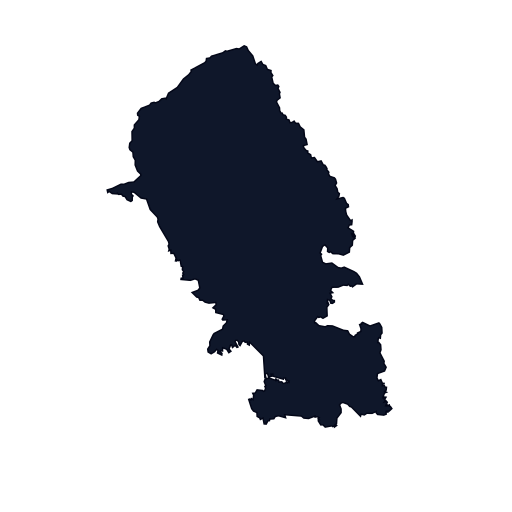 the district of Grobogan, Jawa Tengah, Indonesia, rotated 244°
{"feature_id": "22746128B71964042918672", "entity_name": "Grobogan", "entity_type": "district", "adm_level": 2, "iso_a3": "IDN", "parent_name": "Indonesia", "parent_adm1": "Jawa Tengah", "projection": "albers", "projection_center": [110.857, -7.098], "detail": "fine", "context": "isolated", "style": "filled", "palette": "ink", "viewbox_px": 512, "rotation_deg": 244, "n_neighbors": 0, "source": "geoboundaries", "source_scale": "gbopen_adm2", "svg_char_len": 6091}
<svg xmlns="http://www.w3.org/2000/svg" viewBox="0 0 512 512"><g transform="rotate(244 256 256)"><path d="M379.7,156.6L380.6,151.2L378.1,150.6L378.4,152.3L375.1,154.2L372.7,158.4L373.2,158.9L371.7,159.4L370.5,162.2L368.1,162.7L366.9,164.4L363.1,164.8L359.9,167.4L360.2,169.1L363.5,170.8L363.9,171.8L366.2,171.0L368.2,172.2L366.7,174.4L358.5,178.1L355.2,182.6L344.1,181.3L334.3,184.4L332.2,184.2L329.8,182.6L324.7,182.3L307.4,183.7L304.7,183.1L303.6,181.5L300.2,181.0L298.9,179.9L298.7,182.0L295.6,180.7L294.4,183.3L289.2,183.3L286.9,181.5L286.4,182.3L287.5,183.3L285.9,183.9L285.7,185.8L285.0,185.9L279.6,184.3L278.7,185.4L275.9,183.8L273.7,184.3L272.7,182.7L270.9,182.9L270.9,181.6L268.2,180.8L268.8,179.0L267.8,178.3L262.9,186.4L262.2,191.2L259.5,193.5L251.9,191.5L250.6,188.8L251.2,182.6L245.1,184.7L243.8,186.3L240.9,186.2L239.6,188.7L236.9,190.0L234.3,193.0L231.9,199.5L229.7,198.9L228.3,194.6L225.7,196.4L222.8,195.1L217.7,201.1L216.1,200.8L214.0,197.9L213.0,198.1L211.3,202.2L208.9,200.2L207.4,195.8L204.9,193.9L204.7,184.4L204.0,183.0L199.0,176.7L195.6,175.3L193.5,171.8L190.7,170.9L187.8,172.8L188.1,176.7L189.4,179.7L187.7,180.5L185.7,178.9L182.0,181.8L183.3,182.7L186.0,181.8L186.5,182.7L185.3,184.3L188.2,185.8L185.0,188.8L181.0,189.2L181.4,191.7L184.3,191.0L187.3,194.3L186.9,195.1L184.1,194.8L184.9,198.1L182.2,198.8L182.1,199.9L188.4,199.6L189.0,201.0L188.5,202.1L186.6,202.8L183.8,201.9L182.5,202.4L185.2,206.2L184.9,208.2L183.2,208.4L182.5,210.5L180.5,209.7L178.9,210.9L181.6,212.5L162.9,218.9L142.7,210.6L142.4,211.6L146.0,212.4L145.5,214.9L141.8,214.3L141.1,217.3L143.2,217.7L142.4,219.4L140.6,218.5L133.3,226.6L134.2,227.3L133.3,229.1L131.7,228.4L129.0,231.1L128.0,230.3L129.0,229.8L128.3,228.6L129.6,228.2L128.9,227.0L129.5,224.5L131.6,224.0L132.7,221.4L134.6,221.8L135.1,219.6L135.9,220.4L136.8,220.0L135.9,218.8L140.4,214.5L141.1,212.2L141.0,209.9L139.5,208.3L135.1,208.0L134.9,206.8L133.0,206.7L131.1,204.8L131.1,203.3L132.2,203.0L135.2,198.3L133.1,195.2L134.0,192.9L131.9,192.9L128.2,190.4L129.9,189.3L128.9,188.3L130.2,187.6L130.3,186.6L120.7,185.2L117.7,185.8L114.9,188.2L111.3,186.7L108.9,188.4L107.2,188.3L107.2,191.2L101.5,189.7L100.5,191.4L101.9,192.1L101.2,192.5L102.6,194.4L102.1,195.9L103.4,196.8L101.9,200.7L103.2,202.7L103.0,204.5L102.4,206.4L97.7,211.7L100.8,212.2L92.2,226.7L89.4,227.9L86.9,232.0L86.3,238.9L85.3,238.5L84.8,240.5L83.0,241.9L82.6,240.6L81.2,241.0L81.5,240.2L80.4,239.7L75.8,240.2L74.9,242.2L71.9,243.2L70.1,249.7L69.0,250.2L69.0,252.2L67.9,251.7L68.3,254.1L69.8,253.3L69.9,254.8L74.8,257.6L77.9,263.8L81.2,265.4L85.6,265.8L86.5,268.0L86.3,269.9L82.6,273.5L79.7,274.3L78.5,275.6L66.2,279.7L67.8,281.1L65.7,283.7L66.1,286.6L63.7,291.4L63.6,296.0L62.4,295.3L60.3,295.8L57.0,301.1L56.8,303.7L58.8,304.4L58.1,305.8L59.2,305.6L58.2,307.6L59.3,311.2L62.0,310.8L62.4,310.0L63.7,310.5L63.9,308.5L65.3,308.7L63.9,307.9L64.6,306.8L67.0,309.9L68.1,309.5L68.5,307.3L69.4,309.2L70.6,308.5L72.1,310.9L72.9,309.7L72.3,308.0L73.1,307.8L76.5,311.4L76.4,313.5L77.9,312.3L78.4,314.2L80.8,315.7L81.5,314.5L83.6,314.5L84.0,312.7L86.0,313.8L90.2,314.0L90.2,311.3L93.4,311.2L97.1,313.7L96.3,321.1L99.0,324.2L103.4,323.8L105.3,325.1L114.7,324.9L116.9,327.2L121.6,329.1L124.6,328.4L124.9,327.5L128.2,329.7L128.8,330.5L127.6,331.7L130.6,333.5L131.5,335.5L136.7,337.7L140.7,337.5L142.0,337.1L143.1,327.8L149.6,322.7L149.3,321.0L148.3,320.9L148.9,319.1L144.4,318.5L142.2,317.1L142.3,313.5L141.4,313.1L141.2,310.3L140.2,309.4L140.7,308.0L144.8,305.7L148.6,305.6L150.9,302.0L159.6,294.1L162.0,289.7L162.0,287.2L165.8,282.0L169.8,280.5L170.2,279.4L172.1,280.2L174.5,284.9L173.3,285.5L173.0,287.4L170.7,288.9L171.0,293.7L178.9,297.2L180.4,300.1L182.7,300.3L182.5,299.4L185.5,301.2L183.8,302.9L180.7,302.6L179.9,304.0L180.3,306.3L181.6,306.9L182.5,305.5L184.9,304.6L186.1,306.3L190.1,306.2L189.4,308.9L192.4,307.9L194.6,310.6L192.0,316.2L191.6,321.7L189.6,325.0L190.2,326.6L187.5,327.5L187.1,329.0L186.0,329.2L186.9,334.2L184.0,339.4L191.9,339.8L196.4,338.8L199.1,337.1L207.3,330.4L207.7,327.3L209.6,324.7L216.4,321.1L218.3,315.3L221.2,313.0L228.0,314.3L228.9,315.7L230.6,314.9L235.4,319.9L235.9,322.8L231.8,324.0L228.7,322.3L227.1,323.4L227.2,324.9L224.4,326.1L221.8,331.2L218.5,334.9L218.6,341.6L222.5,343.9L223.5,347.3L227.7,349.7L228.5,352.7L231.2,351.4L232.9,351.6L229.3,353.1L230.2,353.8L230.7,353.0L233.3,352.7L232.1,353.8L234.0,353.6L235.4,354.5L240.9,351.1L243.0,353.4L242.2,355.7L244.8,357.4L246.3,358.1L246.2,356.8L247.3,356.3L253.1,355.4L256.5,356.1L259.7,357.3L259.7,360.7L261.8,361.4L263.6,360.4L269.1,360.7L270.4,359.9L271.8,353.7L273.5,356.8L275.6,358.3L277.3,357.4L281.0,358.4L284.7,358.0L286.3,360.4L290.2,361.1L291.9,360.7L295.2,357.3L298.1,357.1L299.4,358.2L302.9,357.4L303.4,358.1L305.8,358.0L307.5,357.6L308.1,356.4L312.9,356.2L313.8,352.5L318.9,351.7L319.8,348.7L323.1,349.5L326.0,347.6L327.6,348.6L329.0,347.2L332.6,346.4L334.5,347.0L333.8,350.8L339.1,352.2L341.5,351.7L348.4,354.3L352.7,352.3L356.6,352.3L358.0,349.7L360.5,349.4L360.2,346.8L361.0,345.0L363.8,345.3L366.0,343.1L367.4,344.2L369.6,343.9L371.1,342.1L372.9,342.2L373.6,341.1L376.3,341.0L378.9,342.1L385.5,341.9L386.8,343.3L387.6,347.0L391.5,348.1L392.6,349.3L396.9,349.2L398.4,350.8L400.1,350.5L400.7,348.3L403.7,347.1L410.1,348.6L410.8,350.2L414.4,349.8L416.1,350.8L418.8,348.0L422.9,348.2L425.1,346.1L428.6,345.9L428.2,342.1L427.1,340.7L429.1,339.7L437.3,340.8L444.1,339.1L448.1,339.2L450.1,337.5L449.4,331.7L451.0,329.4L452.7,319.7L453.8,318.4L453.2,315.3L455.1,303.6L454.2,301.4L455.2,298.1L453.0,296.6L452.2,294.7L451.6,279.1L450.2,278.8L448.4,275.0L446.9,268.4L442.0,259.2L440.7,248.8L436.6,244.1L437.6,243.7L438.6,240.2L437.4,236.6L437.7,232.7L438.8,231.8L439.4,228.8L438.2,226.5L439.0,217.5L436.3,212.1L434.4,211.4L432.7,212.4L429.8,210.5L427.1,204.1L424.2,202.7L422.2,199.1L413.9,195.2L412.7,192.0L409.1,189.6L406.8,189.3L403.3,190.9L399.0,189.2L395.0,189.5L390.8,187.3L384.3,186.8L380.1,188.3L378.7,187.7L376.0,178.6L377.9,173.8L378.3,168.8L379.7,166.2L379.7,156.6ZM85.4,315.8L85.6,315.0L85.1,314.3L85.4,315.8Z" fill="#0f172a" stroke="#020617" stroke-width="1.5"/></g></svg>